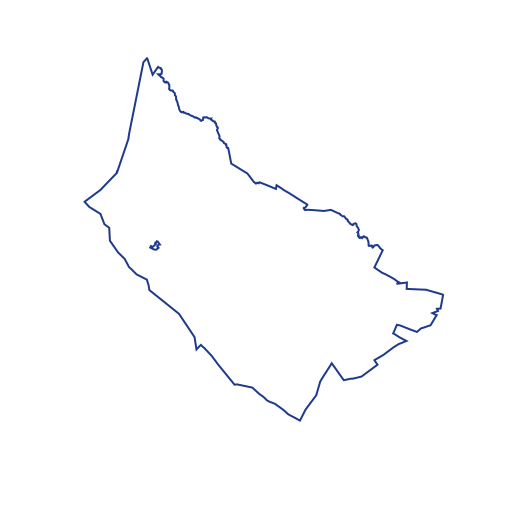 Mazowe, Mashonaland Central, Zimbabwe, rotated 297°
{"feature_id": "62879985B76003628227782", "entity_name": "Mazowe", "entity_type": "district", "adm_level": 2, "iso_a3": "ZWE", "parent_name": "Zimbabwe", "parent_adm1": "Mashonaland Central", "projection": "mercator", "projection_center": [31.124, -17.263], "detail": "fine", "context": "isolated", "style": "outline", "palette": "blue", "viewbox_px": 512, "rotation_deg": 297, "n_neighbors": 0, "source": "geoboundaries", "source_scale": "gbopen_adm2", "svg_char_len": 5764}
<svg xmlns="http://www.w3.org/2000/svg" viewBox="0 0 512 512"><g transform="rotate(297 256 256)"><path d="M379.9,82.9L370.6,81.6L382.6,69.5L382.7,69.1L377.6,67.7L307.8,87.3L302.9,88.9L302.8,89.1L267.8,94.2L267.9,93.9L266.5,94.2L259.1,91.9L244.2,87.4L226.5,78.6L226.4,78.7L224.0,85.3L222.9,98.3L215.5,106.5L214.5,112.4L203.3,118.9L196.6,131.4L193.8,140.3L188.5,147.9L187.5,151.6L187.4,151.7L185.4,158.0L185.4,169.5L181.1,173.6L177.2,176.5L175.7,183.8L169.5,213.7L155.8,238.1L145.7,245.4L149.6,246.5L151.8,247.3L150.8,250.3L150.7,250.8L150.7,251.3L146.7,262.3L142.2,271.3L131.6,295.3L133.0,297.4L137.1,312.5L134.6,321.4L133.9,326.4L132.3,331.6L132.3,334.1L132.9,340.0L131.3,350.3L129.6,356.6L129.3,369.9L141.8,369.9L159.3,372.9L173.3,370.2L182.2,370.9L182.3,371.0L194.7,372.2L194.8,372.2L185.2,390.6L189.8,396.3L190.7,398.0L196.4,404.7L214.3,413.6L216.8,408.9L217.0,408.8L225.5,414.3L237.1,420.0L242.6,423.3L242.8,423.6L243.0,423.7L243.5,424.3L248.6,428.6L248.7,420.8L249.4,414.0L249.3,413.4L258.7,412.8L259.6,416.2L260.5,426.2L261.4,433.9L266.2,435.8L267.1,436.5L267.6,437.2L272.3,441.7L273.0,442.6L273.8,443.0L275.3,443.1L285.3,443.8L285.2,443.5L285.2,439.1L289.6,443.1L291.1,441.2L292.9,444.3L306.2,440.4L306.3,439.8L306.4,439.7L303.2,423.3L303.3,423.2L295.1,405.2L300.9,402.5L295.0,393.9L297.5,395.3L297.5,393.8L297.9,391.2L298.1,390.8L298.4,385.5L298.5,379.3L298.3,376.0L299.5,366.7L309.0,366.5L318.7,366.3L319.1,363.6L320.6,360.5L320.9,360.1L320.9,359.3L320.7,358.8L320.4,358.5L320.2,358.1L319.7,357.5L319.3,356.9L319.2,356.7L317.3,356.5L316.7,356.3L316.4,356.1L316.4,355.9L316.6,355.6L317.4,355.1L317.7,354.8L317.8,354.7L317.8,354.4L317.5,353.9L317.5,353.6L317.0,353.2L316.9,353.2L316.7,353.0L316.7,352.9L316.3,351.8L316.6,351.5L316.8,351.5L318.0,350.7L319.7,349.8L322.7,346.4L322.7,346.1L322.5,345.7L322.4,345.5L322.4,345.3L322.2,344.9L322.2,344.3L322.5,343.9L322.5,343.2L322.4,343.2L322.2,343.0L322.0,342.8L321.9,342.8L321.8,342.7L321.4,342.6L320.8,342.6L320.5,342.5L320.1,342.4L320.1,342.1L320.3,341.6L320.5,341.4L320.5,341.0L320.2,340.7L319.5,340.5L319.5,340.4L319.2,340.4L319.2,339.6L319.6,338.8L320.6,338.5L320.6,338.2L320.3,337.8L320.3,337.6L320.8,337.4L321.9,337.4L322.5,337.0L323.0,336.3L323.0,335.8L323.0,335.7L323.5,335.7L324.1,336.0L324.6,336.0L325.8,335.8L326.1,335.7L326.5,335.2L327.4,334.2L327.9,333.1L328.4,332.1L329.8,331.2L330.3,330.6L330.3,330.4L330.3,329.8L329.5,328.9L329.0,328.6L328.6,328.5L327.9,328.5L327.7,328.3L327.4,328.0L327.4,327.9L327.5,327.6L327.4,327.6L327.4,325.7L327.6,324.9L327.9,324.6L328.2,324.2L328.2,323.5L328.4,323.1L328.5,323.0L328.7,322.5L329.0,322.2L329.0,321.6L329.7,321.3L330.1,320.7L330.1,320.0L330.0,319.1L330.3,318.7L330.7,318.3L330.9,317.8L331.4,316.4L330.8,315.4L330.7,315.0L331.0,313.7L331.0,312.6L331.7,311.6L331.7,311.1L331.5,310.6L331.4,310.1L331.1,301.8L326.9,296.0L325.8,293.2L322.1,284.3L320.4,280.6L320.2,280.4L319.6,279.6L319.3,278.7L319.2,278.5L319.3,278.2L319.5,278.1L319.9,277.6L320.0,277.1L320.4,276.7L320.8,276.8L321.1,277.7L321.9,278.0L322.8,278.2L323.7,278.3L324.7,278.5L325.0,278.5L325.1,278.4L326.1,266.7L327.0,257.8L327.4,250.2L327.7,249.2L328.4,242.2L324.8,243.3L324.2,235.2L323.3,225.8L322.2,225.5L322.3,225.2L322.3,224.8L321.9,224.5L321.8,224.2L321.9,223.9L321.8,223.7L321.1,223.5L320.5,223.1L320.6,222.3L320.9,221.7L320.9,220.7L325.6,210.9L327.1,192.0L339.5,182.3L339.4,182.2L339.3,181.7L339.3,181.3L339.3,180.9L339.5,180.5L339.8,180.3L340.0,180.3L340.7,179.8L340.9,179.6L341.0,179.1L341.6,179.0L342.1,178.7L342.0,177.4L342.0,176.4L342.1,176.1L343.0,175.2L343.0,174.2L343.3,173.4L343.3,172.6L343.3,171.6L343.5,171.4L343.9,171.2L343.9,170.5L344.0,170.1L344.2,169.8L344.3,169.7L345.3,169.5L345.8,169.3L346.7,168.6L347.0,168.3L348.0,166.9L349.6,165.1L349.7,164.9L350.0,164.6L350.5,164.0L352.3,164.0L353.0,163.7L353.2,163.4L353.2,163.2L353.3,163.2L353.5,162.4L354.1,161.7L354.9,160.8L355.4,160.7L355.8,160.5L356.1,159.9L356.0,159.4L356.1,158.9L357.0,158.4L357.1,158.2L357.1,157.9L356.7,157.0L356.6,156.4L356.9,155.7L357.0,155.6L357.0,155.4L357.1,155.2L357.1,153.9L357.5,153.6L358.1,153.6L357.6,152.8L357.5,152.6L357.2,151.6L357.2,150.4L357.1,150.2L357.3,149.0L356.9,148.5L356.6,148.3L356.3,147.7L356.2,147.0L355.8,146.7L355.7,146.5L355.5,146.1L353.2,147.0L352.3,146.2L351.5,145.8L351.5,145.0L352.1,144.2L352.3,143.4L352.3,142.3L352.1,141.9L352.1,140.5L352.3,140.5L352.3,139.7L352.0,139.0L351.6,138.8L351.6,138.0L351.8,137.2L351.8,135.2L351.6,135.0L351.6,132.5L352.0,131.5L351.6,131.0L351.6,130.4L351.3,129.6L351.3,127.6L350.9,126.9L351.1,126.7L351.5,125.9L351.1,125.3L350.3,124.7L350.5,124.2L350.3,124.0L350.4,123.2L351.0,122.1L351.7,121.3L352.3,120.7L353.8,119.5L354.4,119.0L354.4,118.9L354.9,118.1L357.2,116.3L358.7,114.4L358.8,114.4L358.8,114.2L359.2,113.8L360.7,112.9L360.8,112.9L361.0,112.8L361.5,112.6L362.0,112.0L362.3,111.0L362.5,110.7L363.0,110.4L363.7,110.1L364.4,109.4L364.7,107.8L365.5,107.0L365.5,106.5L365.4,106.5L364.7,104.5L364.7,104.0L365.5,102.6L366.4,102.6L367.2,102.0L367.4,102.0L368.6,101.2L369.2,101.0L369.4,100.4L369.9,99.9L370.5,99.1L370.7,97.1L370.4,96.7L369.8,96.9L369.8,96.5L369.6,96.0L369.4,96.0L369.4,95.4L369.8,94.8L369.8,94.6L370.2,94.0L371.2,93.6L372.1,93.1L372.3,92.1L372.3,90.7L372.5,90.7L372.5,90.1L372.9,88.6L373.0,87.8L373.5,86.4L374.1,87.6L374.3,87.8L374.3,88.4L375.1,89.0L375.5,89.2L376.0,88.8L377.0,88.6L378.2,88.2L379.0,87.7L379.5,87.1L379.5,86.1L379.7,85.9L380.1,85.9L380.1,85.1L380.0,84.2L379.6,83.6L379.9,82.9ZM218.2,165.1L216.7,164.5L216.4,164.3L216.1,163.8L215.5,162.1L215.5,157.9L217.2,157.9L217.2,159.8L221.0,161.4L221.5,160.5L221.9,160.9L222.4,160.5L222.6,160.7L224.1,161.0L223.9,162.0L224.1,162.1L222.6,165.1L222.2,164.4L221.6,164.0L219.9,163.6L219.1,165.4L218.3,164.9L218.2,165.1Z" fill="none" stroke="#1e3a8a" stroke-width="2"/></g></svg>